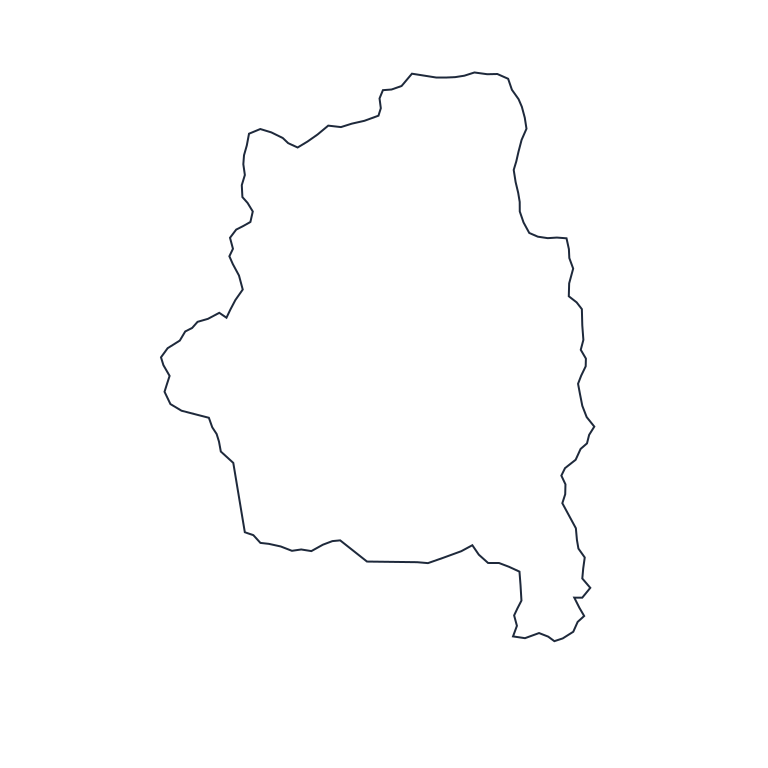 Santo Antônio de Jesus, Bahia, Brazil, rotated 75°
{"feature_id": "56859067B58021421413718", "entity_name": "Santo Antônio de Jesus", "entity_type": "district", "adm_level": 2, "iso_a3": "BRA", "parent_name": "Brazil", "parent_adm1": "Bahia", "projection": "mercator", "projection_center": [-39.224, -13.018], "detail": "fine", "context": "isolated", "style": "outline", "palette": "slate", "viewbox_px": 768, "rotation_deg": 75, "n_neighbors": 0, "source": "geoboundaries", "source_scale": "gbopen_adm2", "svg_char_len": 2095}
<svg xmlns="http://www.w3.org/2000/svg" viewBox="0 0 768 768"><g transform="rotate(75 384 384)"><path d="M551.1,446.4L564.7,398.1L568.4,387.9L567.2,371.8L565.5,352.6L562.6,340.4L573.4,336.6L583.8,329.8L586.7,319.2L592.9,310.6L600.3,301.7L613.7,304.2L628.8,307.3L635.4,313.3L641.2,318.2L652.0,318.2L661.2,324.7L666.0,313.6L664.7,298.7L670.5,290.8L676.5,286.0L676.0,277.2L672.3,265.3L663.9,258.5L659.9,250.7L650.7,253.2L639.6,255.5L641.7,247.8L634.3,237.5L623.2,242.8L613.7,239.3L603.5,235.0L593.3,238.8L584.5,238.0L573.0,236.0L545.3,242.6L537.4,237.5L527.9,234.7L518.4,236.4L512.1,230.9L506.8,218.5L497.6,210.9L493.9,203.3L486.2,199.0L479.6,191.9L468.4,196.8L456.4,198.1L444.4,197.3L434.0,196.5L427.0,191.4L419.1,184.6L411.7,182.4L401.9,185.1L393.0,180.0L378.7,177.3L362.9,173.5L355.0,176.8L347.1,182.8L334.7,179.1L321.5,171.4L310.3,172.4L301.6,170.5L290.5,170.0L287.3,179.1L285.5,188.1L281.5,197.3L275.7,204.6L264.1,207.4L252.5,208.2L243.3,205.8L234.0,204.9L223.0,204.6L210.8,203.3L203.2,198.6L194.5,194.0L183.8,187.9L174.3,180.3L163.2,179.1L151.9,179.1L143.7,180.3L132.9,184.3L121.3,185.1L113.9,194.3L111.5,204.1L106.5,216.0L107.0,226.6L106.0,235.9L104.1,244.5L101.5,254.2L91.5,276.7L100.7,289.9L101.5,300.5L99.9,309.0L107.0,314.4L116.8,315.7L123.4,319.9L124.7,334.8L124.2,347.7L124.7,359.1L120.0,371.0L125.8,383.6L130.0,395.1L133.2,406.2L126.6,414.2L120.2,418.1L111.8,427.7L105.7,437.5L107.3,449.6L118.1,454.8L126.8,460.0L135.3,463.0L146.1,464.3L155.1,469.9L166.8,472.4L173.8,468.9L183.4,466.1L192.9,471.1L195.0,479.2L196.6,486.8L202.9,494.9L214.3,494.9L220.6,500.3L229.0,499.0L241.7,496.0L256.2,496.0L264.4,505.8L272.3,513.1L279.2,519.0L272.6,524.7L275.5,537.2L275.7,548.0L280.2,554.8L281.8,562.4L289.2,570.0L293.4,583.7L300.5,592.5L308.7,592.2L320.7,589.0L328.1,593.8L334.7,598.0L348.1,595.5L357.4,586.5L365.5,572.2L371.3,561.9L381.4,561.1L389.0,558.6L396.9,558.3L407.0,559.1L421.2,550.0L491.2,556.8L496.2,549.3L505.5,544.5L508.6,536.6L514.2,525.8L521.3,516.1L522.4,506.8L526.6,497.4L523.4,484.6L522.4,474.5L523.7,466.8L551.1,446.4Z" fill="none" stroke="#1e293b" stroke-width="2"/></g></svg>